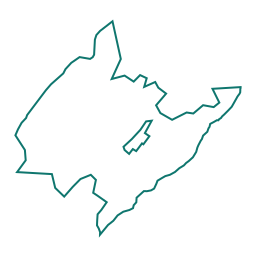 the district of Yangiyul, Tashkent, Uzbekistan
{"feature_id": "79887680B33047546093113", "entity_name": "Yangiyul", "entity_type": "district", "adm_level": 2, "iso_a3": "UZB", "parent_name": "Uzbekistan", "parent_adm1": "Tashkent", "projection": "orthographic", "projection_center": [69.037, 41.099], "detail": "fine", "context": "isolated", "style": "outline", "palette": "teal", "viewbox_px": 256, "rotation_deg": 0, "n_neighbors": 0, "source": "geoboundaries", "source_scale": "gbopen_adm2", "svg_char_len": 1598}
<svg xmlns="http://www.w3.org/2000/svg" viewBox="0 0 256 256"><path d="M236.8,97.8L237.2,97.0L238.0,95.8L239.4,94.0L240.2,92.4L240.3,90.3L240.3,89.1L240.6,88.0L240.6,87.1L212.5,88.8L219.3,102.6L213.7,107.1L203.1,105.2L193.3,113.5L186.6,112.5L172.1,119.8L160.4,113.1L156.1,105.3L166.1,93.6L158.3,87.7L155.2,82.0L144.2,86.9L146.7,78.2L140.1,75.1L133.7,81.6L124.6,75.6L111.7,79.0L120.8,59.0L112.5,21.3L100.1,30.9L96.4,35.0L94.9,39.6L94.1,54.7L92.7,57.2L90.1,58.9L79.6,57.1L71.3,62.8L65.5,69.1L63.3,73.4L51.0,84.3L45.9,90.2L27.1,115.1L26.1,118.0L21.6,122.8L18.0,129.3L15.4,135.3L24.9,150.0L25.7,160.3L17.1,172.1L51.9,174.1L55.2,187.9L64.2,196.6L72.8,186.8L80.5,179.0L90.8,174.8L95.9,179.9L93.2,192.8L98.1,196.1L106.7,202.2L101.3,210.0L97.6,214.3L97.2,220.4L97.0,225.4L98.8,228.6L100.1,232.2L100.0,234.7L104.8,228.9L108.0,225.0L113.3,220.8L117.6,215.4L123.3,211.7L129.4,210.0L133.0,208.2L133.7,205.2L136.3,202.3L136.6,197.7L141.8,193.0L143.9,191.1L146.9,191.2L151.0,190.4L154.1,188.6L156.4,183.7L157.5,180.7L162.2,177.9L165.3,176.1L169.9,174.8L175.0,172.0L179.3,168.2L183.9,165.4L186.1,163.0L188.7,161.1L192.9,157.3L196.2,151.9L197.4,147.5L198.5,145.0L200.8,140.6L201.9,139.1L203.1,135.6L205.2,133.7L207.3,131.8L208.5,128.3L209.5,126.9L210.2,123.9L213.8,122.0L216.9,120.2L218.4,120.3L219.0,119.3L221.1,117.9L222.1,116.4L224.2,114.5L228.0,110.7L231.7,106.8L232.8,104.9L236.8,97.8ZM149.4,136.2L143.4,144.3L142.0,143.4L136.2,151.1L132.8,149.1L129.1,153.9L124.6,150.0L123.5,146.8L131.8,139.1L140.4,129.8L146.1,121.4L151.7,120.7L144.9,133.1L149.4,136.2Z" fill="none" stroke="#0f766e" stroke-width="2"/></svg>